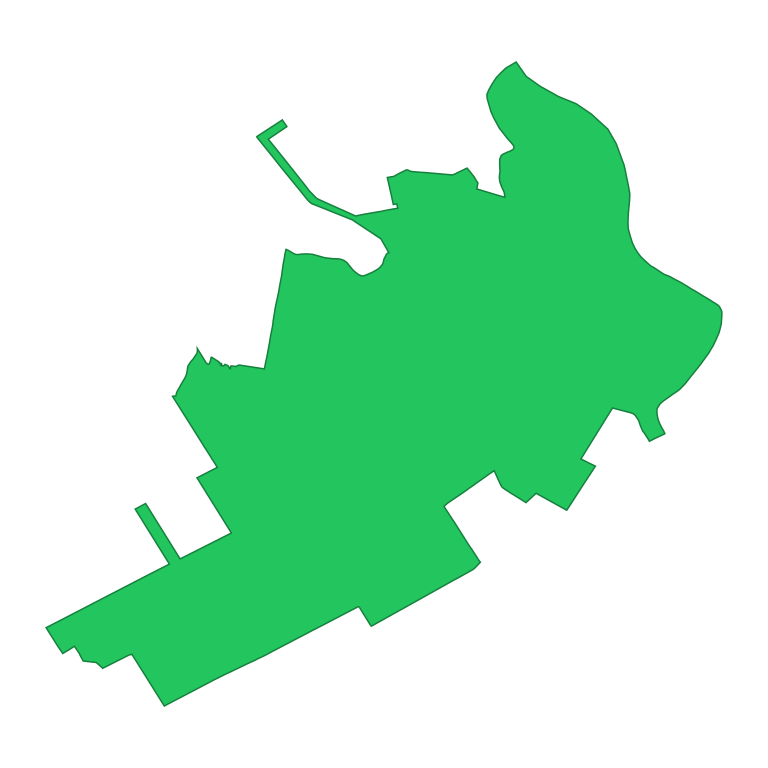 Vladeni, Ialomita, Romania
{"feature_id": "2599482B22969685328670", "entity_name": "Vladeni", "entity_type": "district", "adm_level": 2, "iso_a3": "ROU", "parent_name": "Romania", "parent_adm1": "Ialomita", "projection": "natural_earth1", "projection_center": [27.826, 44.617], "detail": "fine", "context": "isolated", "style": "filled", "palette": "green", "viewbox_px": 768, "rotation_deg": 0, "n_neighbors": 0, "source": "geoboundaries", "source_scale": "gbopen_adm2", "svg_char_len": 6072}
<svg xmlns="http://www.w3.org/2000/svg" viewBox="0 0 768 768"><path d="M46.1,627.7L53.3,639.1L58.1,646.7L62.8,653.5L69.7,649.3L74.4,646.3L79.6,653.9L79.6,654.4L83.2,661.0L96.3,662.5L96.6,662.8L102.6,668.1L102.7,668.3L129.7,654.7L130.8,654.7L131.9,654.3L164.3,706.0L172.6,701.6L194.6,690.1L213.4,680.2L225.0,674.4L232.1,671.1L246.2,664.3L254.3,660.6L258.4,658.5L265.0,655.4L270.9,652.2L294.0,640.1L311.2,631.1L326.2,623.4L334.3,619.1L348.4,611.8L357.9,606.8L358.4,606.7L359.2,607.0L370.9,625.9L371.3,626.1L371.7,626.0L375.1,624.1L392.6,614.3L412.6,603.2L452.6,580.8L461.3,576.1L472.0,570.1L473.7,569.0L474.6,568.2L476.6,566.2L480.4,562.2L479.2,560.8L472.2,549.9L469.6,546.2L467.4,542.8L464.5,538.2L455.0,523.2L451.8,518.4L448.1,512.7L445.6,508.9L444.1,506.5L444.2,506.1L448.0,502.9L451.6,500.4L454.6,498.4L462.9,492.8L469.8,487.8L472.3,486.1L478.6,481.6L490.0,473.5L494.2,470.7L497.9,478.9L501.0,485.5L502.3,487.4L502.7,487.7L505.6,489.8L509.6,492.3L510.2,492.8L517.1,497.0L526.0,502.6L536.1,493.3L566.7,510.2L568.8,507.1L583.6,484.2L595.4,466.2L580.9,459.0L612.5,408.0L631.1,412.9L633.4,413.8L635.3,415.4L638.5,420.2L640.7,426.6L643.0,431.6L643.6,432.2L643.8,432.3L648.6,439.7L649.4,441.3L652.6,439.7L655.0,438.4L660.6,435.8L663.8,434.3L664.9,433.7L664.2,432.2L663.7,431.0L663.2,430.2L662.5,429.0L660.6,425.5L660.1,424.4L658.6,420.9L657.8,418.1L657.4,416.2L657.1,414.3L656.9,410.5L657.0,409.3L657.3,408.3L657.5,407.9L659.5,404.8L660.1,403.9L660.7,403.2L661.4,402.7L662.2,401.9L663.9,400.6L668.3,397.4L671.3,395.4L672.4,394.5L673.6,393.7L674.8,392.9L676.3,391.9L678.8,390.1L680.0,389.1L683.0,386.0L685.1,383.8L686.3,382.3L691.1,376.2L700.5,364.5L701.4,363.3L702.5,361.7L703.1,360.8L703.9,359.8L708.9,352.9L711.2,348.8L712.9,346.2L714.5,342.9L715.5,340.8L718.4,334.3L719.3,331.9L720.0,329.2L721.3,323.9L721.4,322.4L721.7,317.4L721.9,314.8L721.8,311.8L721.6,311.0L721.0,309.7L720.0,307.6L719.4,306.5L718.8,306.0L718.1,305.2L716.7,304.3L714.7,303.0L711.9,301.3L710.8,300.5L708.0,298.8L703.2,296.0L701.6,295.0L700.2,294.1L695.4,291.2L691.7,289.1L688.0,286.8L681.8,283.0L678.7,281.3L675.1,279.5L671.5,277.5L670.3,276.8L669.2,276.3L664.1,274.3L658.8,270.9L656.6,269.4L654.5,268.0L650.6,265.8L647.8,263.3L644.9,260.7L643.9,259.7L641.0,256.9L639.2,254.7L637.2,251.9L635.7,249.5L635.0,248.3L632.5,243.2L630.2,235.9L628.2,228.6L628.0,222.6L628.1,218.0L628.5,211.3L629.0,206.6L629.6,200.2L629.6,199.3L629.8,193.8L628.6,186.6L628.0,183.9L627.3,180.3L626.8,178.2L626.3,175.8L625.8,173.1L625.4,170.9L624.5,167.1L624.0,164.9L616.2,143.7L607.9,129.2L591.4,114.1L576.2,103.8L558.2,96.4L540.2,86.3L526.2,76.4L516.1,62.0L505.8,68.1L500.8,72.9L496.4,77.5L492.0,84.1L488.8,89.9L486.9,94.4L487.2,98.7L491.0,111.8L493.8,118.0L499.5,128.5L500.9,130.1L502.1,131.7L503.6,133.6L505.0,135.4L506.7,137.6L508.3,139.5L511.7,143.3L513.6,145.8L513.9,146.4L514.0,147.2L513.9,148.0L513.7,148.6L513.1,149.4L511.6,150.3L510.0,151.2L507.9,151.9L503.4,154.0L502.2,154.7L501.5,155.3L501.0,156.1L500.4,157.4L499.8,159.2L499.7,160.9L499.6,163.1L499.8,166.4L499.8,168.4L500.0,170.1L499.9,171.9L499.7,173.4L499.3,177.2L499.5,179.1L499.7,181.3L500.2,182.8L501.1,185.5L501.8,187.1L502.5,188.7L503.7,191.2L504.3,192.8L504.5,194.7L504.9,196.2L504.8,197.2L500.2,196.0L478.0,189.3L476.8,189.1L477.9,183.0L477.7,182.6L477.6,182.3L476.9,181.6L476.5,181.0L475.3,178.8L474.3,177.1L473.6,176.2L469.6,171.1L467.0,168.1L455.4,173.7L454.8,174.0L454.3,174.2L453.2,174.7L452.7,174.8L452.2,174.9L447.3,174.5L423.4,172.4L421.5,172.4L421.0,172.3L412.3,171.6L410.9,171.3L410.3,171.2L409.8,171.1L408.5,170.3L407.8,170.1L407.2,169.9L406.8,169.9L406.3,169.9L405.7,170.2L401.6,172.2L400.7,172.6L394.8,175.8L394.1,176.3L393.5,176.5L392.4,176.6L387.3,177.5L391.2,194.7L393.3,204.5L396.7,203.8L397.8,208.2L383.6,210.7L382.6,211.1L375.3,212.3L364.2,214.2L356.8,215.7L356.1,216.1L355.4,215.9L327.1,203.2L317.2,198.7L316.1,197.8L308.4,189.9L307.6,188.5L289.0,165.0L277.2,150.2L268.3,139.2L286.9,126.6L282.3,119.9L279.3,121.9L256.8,136.6L257.1,137.5L270.6,154.2L281.8,168.3L300.3,190.9L307.1,199.4L308.9,201.3L310.8,203.1L312.3,203.9L315.4,205.1L351.1,219.4L352.0,219.7L353.1,220.4L357.4,223.3L380.4,238.5L380.9,238.9L381.2,239.3L388.8,252.6L387.1,253.5L386.3,254.4L385.0,257.1L384.1,258.7L383.1,262.7L382.5,264.2L380.6,266.7L378.8,268.4L377.1,269.6L372.5,272.2L364.8,275.5L363.4,275.9L362.1,275.9L360.8,275.6L358.6,274.6L353.8,270.9L351.7,268.5L347.1,262.8L346.1,261.9L344.4,260.7L342.1,259.7L339.2,258.9L332.0,258.6L324.6,257.7L312.5,254.3L307.1,253.9L301.0,254.1L298.3,254.6L295.9,254.4L295.1,254.2L293.7,253.6L291.9,252.5L288.4,250.4L286.0,249.4L284.8,254.8L284.4,257.6L283.2,264.1L282.3,270.4L281.6,275.7L280.9,279.4L280.0,284.1L279.3,288.1L278.4,293.3L277.9,295.2L277.8,296.1L276.9,299.9L275.0,309.0L274.7,311.5L273.1,321.1L273.0,322.1L273.1,322.4L272.5,326.4L270.7,335.4L269.0,345.4L266.8,357.3L265.6,362.6L264.4,368.9L239.1,365.0L237.2,365.8L235.9,366.6L235.2,366.4L233.6,366.1L230.9,366.0L230.3,368.7L229.8,368.7L229.3,367.9L228.6,366.4L227.6,365.4L225.8,364.7L225.3,364.5L225.0,364.4L224.7,364.5L224.4,364.9L224.1,365.5L223.9,365.8L223.7,365.8L223.3,365.9L220.6,365.4L220.4,365.3L220.4,365.1L220.6,365.0L221.1,364.9L221.4,364.7L221.6,364.6L221.7,364.4L221.7,364.1L221.7,363.9L221.5,363.6L221.3,363.5L220.8,363.2L220.4,363.2L219.8,363.2L219.3,363.2L219.1,362.1L219.0,361.9L211.8,357.3L211.4,357.3L211.2,357.4L211.0,357.8L210.5,360.3L209.9,362.3L209.1,364.0L208.8,364.2L208.6,364.2L208.2,364.2L206.4,363.2L197.3,348.5L197.4,350.6L196.9,353.5L196.5,354.1L195.7,355.1L193.5,358.5L192.6,359.6L190.9,361.5L187.9,366.0L187.4,369.2L186.8,373.0L186.2,375.0L185.8,376.1L184.8,378.1L181.5,383.6L180.4,385.7L177.5,390.8L176.6,392.6L176.2,394.4L175.9,395.6L175.8,396.0L175.2,396.3L174.2,396.0L173.3,396.1L172.5,396.3L176.6,402.8L180.5,409.0L183.9,414.4L189.1,422.6L199.6,439.3L205.2,448.3L206.7,450.5L208.1,452.8L209.8,455.4L211.8,458.7L213.9,461.9L217.3,467.4L197.0,477.8L231.4,533.0L222.9,537.3L180.1,558.9L145.6,503.5L135.2,509.1L169.4,564.1L148.6,574.7L108.9,595.2L77.3,611.6L46.1,627.7Z" fill="#22c55e" stroke="#15803d" stroke-width="1.5"/></svg>